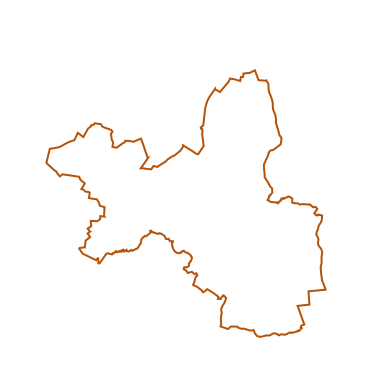 Īvandes pag., Kuldigas, Latvia, rotated 280°
{"feature_id": "27541924B58037297238145", "entity_name": "Īvandes pag.", "entity_type": "district", "adm_level": 2, "iso_a3": "LVA", "parent_name": "Latvia", "parent_adm1": "Kuldigas", "projection": "orthographic", "projection_center": [21.775, 56.978], "detail": "fine", "context": "isolated", "style": "outline", "palette": "amber", "viewbox_px": 384, "rotation_deg": 280, "n_neighbors": 0, "source": "geoboundaries", "source_scale": "gbopen_adm2", "svg_char_len": 5941}
<svg xmlns="http://www.w3.org/2000/svg" viewBox="0 0 384 384"><g transform="rotate(280 192 192)"><path d="M67.0,243.7L64.6,243.4L63.3,251.3L65.7,253.2L66.3,253.6L67.1,259.1L67.4,260.2L66.3,261.1L65.9,265.2L66.5,266.5L65.9,271.1L65.7,271.7L65.9,275.1L66.7,276.5L66.2,277.1L64.2,278.2L63.0,279.3L61.6,281.0L61.3,282.1L61.2,284.4L62.2,287.0L63.8,290.4L63.9,292.3L64.1,292.9L64.6,293.9L66.6,296.2L67.1,297.7L67.2,298.2L67.0,299.4L67.1,300.0L67.1,300.3L67.0,300.7L66.2,301.5L66.0,302.6L66.2,303.1L66.8,303.6L67.1,304.1L67.6,306.1L67.4,307.5L67.4,307.8L68.4,309.7L70.8,312.8L70.4,313.3L70.5,314.1L70.7,314.3L70.9,315.4L72.5,318.9L73.0,319.8L73.8,320.1L74.0,320.4L73.9,320.9L73.6,321.2L73.9,321.7L76.1,323.0L77.0,323.7L77.7,322.5L79.6,323.0L79.8,323.7L81.0,325.6L98.2,315.8L101.5,327.2L114.4,324.0L119.0,340.5L124.7,337.3L127.2,335.5L136.3,332.7L140.9,331.7L144.4,332.0L150.2,330.9L154.9,330.7L155.7,330.5L157.2,329.8L158.6,328.8L159.3,328.1L160.9,326.2L162.7,325.2L163.7,324.8L167.3,324.8L169.5,323.6L171.0,322.2L172.2,321.7L174.4,321.7L177.4,322.6L180.4,322.5L183.5,323.8L186.0,324.6L187.9,324.6L190.0,324.3L191.2,324.4L191.7,323.0L191.5,321.7L191.8,320.1L191.6,319.9L191.1,320.0L190.7,319.8L190.7,318.4L190.7,318.1L191.2,317.4L192.0,316.8L192.4,316.1L197.0,318.4L198.8,316.3L198.0,314.0L200.2,310.2L200.0,309.6L199.1,302.1L198.3,300.6L199.1,298.3L198.7,293.9L198.9,292.6L203.0,291.9L204.2,289.3L204.2,287.6L203.8,286.9L201.3,283.7L202.0,282.9L201.8,282.6L201.3,282.2L201.2,281.9L200.6,281.7L200.7,281.2L199.8,281.3L199.4,280.8L198.9,280.9L198.7,280.5L198.1,280.0L197.7,279.9L197.5,279.5L197.2,279.5L196.6,278.9L196.2,278.8L196.1,278.4L195.8,278.4L195.9,277.8L196.5,277.6L195.8,271.5L197.1,267.9L197.9,268.0L198.6,268.6L199.7,268.7L199.9,268.6L200.4,268.8L200.7,268.6L201.3,268.6L201.5,268.7L201.5,268.9L202.2,269.1L202.3,269.4L202.9,269.6L202.9,269.9L203.2,270.2L205.4,271.2L209.3,270.3L210.2,269.2L211.0,268.0L214.6,265.2L219.2,261.0L223.1,260.2L228.5,258.6L230.8,258.2L231.7,258.1L241.4,260.6L242.5,260.7L242.8,260.5L245.8,261.5L246.8,262.6L247.4,264.6L254.2,271.0L258.2,271.1L259.6,270.7L260.5,270.9L261.1,270.5L262.5,268.9L263.4,268.1L267.3,266.4L274.8,262.6L277.8,262.2L281.5,261.0L284.4,259.4L287.3,257.5L290.7,256.6L293.6,256.1L296.3,255.0L300.6,252.7L303.3,250.8L304.4,250.3L307.3,249.4L311.4,248.6L314.8,245.9L314.4,245.5L313.7,238.1L322.8,232.8L320.3,229.5L319.5,228.7L317.6,222.1L314.2,222.4L314.1,222.2L313.7,220.2L309.7,220.2L310.4,214.1L310.3,209.6L308.6,209.4L306.6,208.7L295.3,202.2L297.0,197.3L297.8,196.9L290.7,193.6L287.7,192.3L284.7,191.4L282.6,191.0L278.7,190.6L276.0,190.5L259.6,191.5L257.1,189.4L255.6,190.2L255.9,191.1L253.9,191.8L249.7,192.1L248.3,192.8L239.4,195.5L230.2,191.5L230.2,190.9L230.6,189.1L232.3,185.3L236.4,175.1L235.4,175.3L233.1,174.6L231.0,173.5L228.8,171.8L225.8,169.2L224.3,167.6L223.7,166.4L221.5,164.0L219.4,162.0L218.1,161.2L216.6,159.9L214.5,157.4L210.7,153.5L210.9,149.6L207.2,147.8L207.0,144.9L206.7,138.3L206.5,137.5L218.1,142.9L218.0,142.7L218.5,142.1L232.0,134.7L235.7,132.4L232.0,126.6L231.4,126.2L231.3,120.4L230.8,117.4L229.1,116.9L228.1,115.5L223.7,111.2L222.8,110.5L222.4,108.9L222.7,105.8L227.0,105.8L229.9,103.7L234.8,102.3L235.3,102.0L235.6,102.3L237.5,103.2L239.1,101.8L240.4,93.7L241.0,92.1L242.6,90.9L243.0,90.4L242.8,85.7L242.8,84.2L241.3,83.6L240.1,81.1L239.0,81.0L236.4,78.6L227.2,75.4L230.4,69.3L222.4,67.1L221.5,64.9L218.8,60.5L214.6,55.5L213.2,53.6L210.8,47.5L209.9,44.5L195.6,43.5L194.3,45.1L189.2,53.2L188.8,54.5L186.5,56.6L186.1,57.2L184.5,59.2L187.0,61.7L187.4,78.2L185.4,79.4L183.7,81.4L182.5,83.9L181.6,85.0L175.7,82.6L175.6,84.1L175.2,85.1L174.0,86.8L173.9,87.2L174.0,89.9L173.7,91.3L172.7,91.5L168.1,91.5L168.2,99.7L165.7,101.9L162.4,103.7L161.9,108.5L153.4,109.5L153.0,109.6L152.6,110.0L152.3,105.9L149.6,106.3L146.8,103.9L146.0,97.4L145.9,97.3L140.7,98.7L137.9,95.6L135.4,98.1L135.3,98.5L133.0,96.4L129.9,99.5L125.7,95.7L118.9,96.1L118.9,95.7L117.3,91.0L116.5,90.8L112.3,95.1L108.2,109.4L108.7,109.5L110.4,110.8L110.3,111.2L104.9,112.3L105.4,112.4L105.5,113.2L105.7,113.4L115.3,117.9L116.1,118.1L116.4,118.5L117.0,119.7L116.6,124.0L117.3,124.2L118.1,124.8L118.3,125.1L118.0,125.4L118.0,125.6L118.4,125.6L119.7,127.0L120.3,127.0L120.6,127.4L120.6,127.6L120.4,127.8L119.7,128.6L119.6,128.9L120.6,130.2L121.2,130.4L121.2,130.7L120.7,131.1L121.0,131.8L121.0,132.6L121.1,132.9L121.1,133.2L121.4,133.5L121.9,133.0L121.8,132.8L122.1,132.6L122.7,133.5L122.1,133.4L122.0,134.1L122.5,134.2L122.9,134.0L123.1,134.2L122.9,134.9L122.8,135.0L122.3,134.9L121.9,135.3L121.9,135.6L122.5,135.6L122.6,135.8L122.4,136.0L122.1,136.0L123.2,137.2L122.8,137.2L122.5,137.5L122.5,137.8L123.1,137.8L123.1,138.0L122.6,138.6L122.4,140.1L124.4,142.3L123.7,143.4L127.2,148.2L131.5,149.9L131.8,150.2L133.6,150.5L134.1,150.4L136.4,150.4L137.0,150.7L137.3,150.7L137.5,151.0L138.4,151.4L138.7,151.8L140.5,153.1L140.4,154.4L144.2,157.9L145.0,158.1L146.3,157.6L146.3,158.4L146.5,158.5L145.6,159.2L145.9,159.9L145.9,160.3L145.2,161.3L145.4,162.7L144.8,165.1L144.8,165.4L145.1,166.4L145.4,167.0L145.7,167.0L145.6,169.0L144.1,172.4L141.2,174.6L141.8,177.3L139.7,178.7L140.2,181.7L139.1,181.9L138.9,181.4L138.0,181.3L137.0,181.3L135.7,182.0L135.0,182.0L132.0,183.9L129.9,186.3L129.6,188.0L129.3,188.3L129.6,190.2L130.4,191.8L130.9,191.6L132.2,193.2L132.8,194.1L132.0,194.6L131.6,196.0L131.1,198.6L130.2,200.6L129.2,201.9L128.9,201.8L127.4,203.4L124.3,203.1L121.1,201.4L120.6,201.7L118.9,201.8L117.2,200.5L116.7,199.3L116.6,197.5L114.8,197.1L113.3,200.3L111.5,201.9L113.4,205.7L111.6,208.5L112.7,210.4L110.6,211.8L109.3,210.5L107.5,210.2L106.3,210.2L104.4,210.0L100.6,209.2L99.6,213.3L97.1,218.2L95.2,220.2L96.4,221.9L98.9,223.8L97.3,228.1L95.6,231.9L93.4,236.2L91.2,236.0L91.6,238.8L92.3,238.7L93.2,239.1L94.5,240.4L95.4,240.4L95.7,241.0L93.6,244.0L88.8,243.3L85.2,241.8L81.9,241.1L81.2,241.1L78.9,242.1L78.3,242.3L75.0,242.2L71.8,242.5L67.0,243.7Z" fill="none" stroke="#b45309" stroke-width="2"/></g></svg>